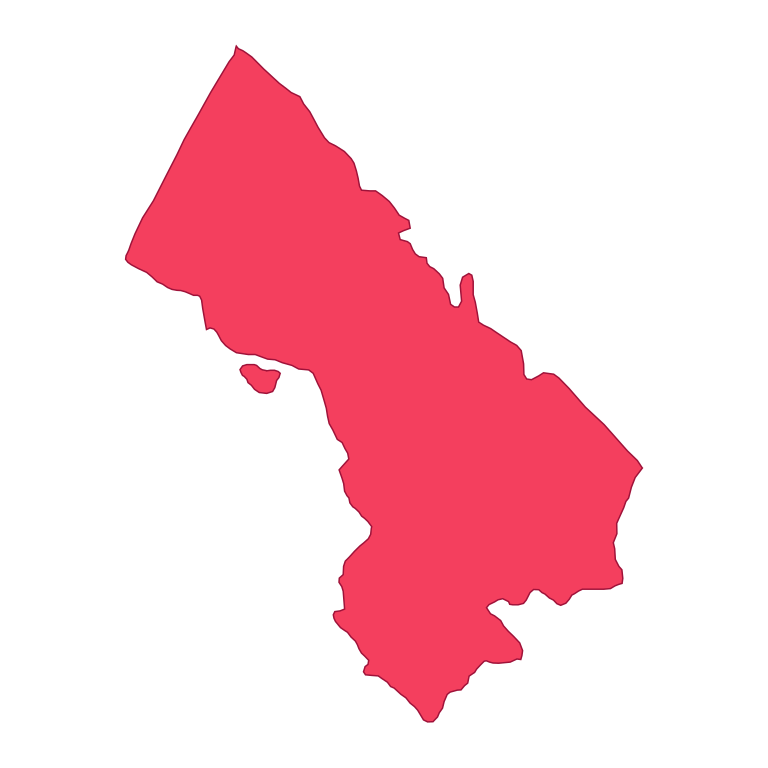 outline of Strömsund, Jämtland, Sweden
{"feature_id": "70781695B21663414086588", "entity_name": "Strömsund", "entity_type": "district", "adm_level": 2, "iso_a3": "SWE", "parent_name": "Sweden", "parent_adm1": "Jämtland", "projection": "mercator", "projection_center": [15.173, 64.234], "detail": "fine", "context": "isolated", "style": "filled", "palette": "rose", "viewbox_px": 768, "rotation_deg": 0, "n_neighbors": 0, "source": "geoboundaries", "source_scale": "gbopen_adm2", "svg_char_len": 4031}
<svg xmlns="http://www.w3.org/2000/svg" viewBox="0 0 768 768"><path d="M302.5,101.7L299.9,96.7L291.1,92.5L286.2,88.6L279.2,83.3L263.6,68.9L251.8,57.0L246.1,52.9L242.8,50.7L238.4,48.7L236.3,46.1L236.0,47.0L234.2,55.0L229.1,61.7L210.8,92.2L197.9,115.4L190.8,127.8L184.1,139.7L177.0,154.6L165.8,176.4L153.4,200.8L142.6,217.8L135.0,233.8L131.1,243.5L128.8,250.1L127.5,252.9L126.1,255.6L125.6,259.3L127.9,262.3L131.4,264.8L138.7,268.7L146.7,272.4L152.2,277.0L157.1,281.8L162.6,284.1L167.6,287.5L172.0,289.4L177.0,290.3L180.7,290.5L185.1,291.7L189.0,293.3L193.5,295.3L197.5,295.3L199.7,296.2L201.6,300.1L202.7,308.4L205.0,321.5L206.5,329.5L210.0,327.9L213.9,329.0L216.8,332.2L218.6,335.4L221.3,340.6L225.6,345.5L230.1,348.9L236.4,352.7L248.2,354.5L255.2,354.5L261.3,356.8L267.6,359.1L274.6,359.7L275.0,359.7L282.3,362.7L292.0,365.4L298.7,369.0L308.7,369.9L313.2,373.3L317.9,383.9L321.1,390.2L324.0,400.1L326.3,408.2L327.6,416.4L329.2,423.6L332.8,429.9L337.3,439.4L342.1,442.5L345.0,448.6L347.7,453.2L348.8,459.0L342.7,465.8L339.1,469.9L342.1,478.4L343.7,483.7L344.6,491.2L347.0,495.7L348.9,497.9L349.9,502.9L352.8,506.8L355.1,508.3L359.0,512.0L361.6,516.1L364.4,518.2L367.8,521.4L371.7,526.6L371.3,528.5L370.7,534.3L368.4,538.7L363.5,543.1L360.2,545.7L354.5,551.3L349.2,557.2L345.3,561.1L343.6,566.3L343.2,574.6L339.3,578.1L339.0,582.3L341.8,586.6L343.2,591.2L343.9,600.0L344.6,609.1L340.0,610.9L334.8,611.6L333.3,614.8L334.0,618.3L335.5,621.5L340.5,627.6L344.1,630.1L344.7,630.5L347.5,632.3L351.1,637.1L355.4,641.1L357.4,644.7L359.0,648.8L361.5,653.1L364.6,656.0L368.7,660.3L368.0,664.4L365.1,666.6L363.5,671.8L365.5,674.8L371.6,675.4L378.2,675.9L382.0,678.6L387.4,682.2L390.6,686.5L394.2,688.1L401.0,694.4L405.9,697.8L410.2,703.2L414.5,706.6L417.7,710.2L420.4,714.7L423.5,719.9L427.6,721.9L433.0,721.7L434.8,719.8L437.5,717.0L439.3,712.7L442.5,708.2L444.1,701.6L447.2,694.4L450.1,692.1L457.4,690.1L461.0,689.9L464.6,685.6L467.7,683.1L469.1,676.1L474.7,672.3L476.6,669.1L480.6,664.8L484.2,661.2L486.3,660.8L489.6,662.1L493.0,663.0L498.7,663.2L510.2,662.1L516.9,659.0L520.8,659.5L521.9,655.6L522.6,650.6L519.7,642.9L513.6,636.4L508.4,631.4L503.6,626.0L500.7,620.6L494.6,615.9L490.5,613.8L486.5,607.7L489.0,604.6L494.6,601.9L498.0,599.8L502.7,598.7L508.6,601.6L509.7,604.3L512.9,604.8L518.1,604.8L523.5,603.4L526.2,600.1L530.0,592.6L533.6,589.5L538.8,589.7L542.0,592.6L544.9,594.0L549.4,598.0L553.5,600.1L556.9,603.7L560.7,605.3L565.9,603.2L569.3,599.2L571.8,595.1L574.5,593.7L578.6,591.0L582.4,589.2L591.4,589.2L603.6,589.2L610.4,588.6L615.1,585.8L618.9,584.3L622.1,583.4L622.8,578.4L621.9,569.8L618.9,566.4L615.3,559.4L614.7,548.8L613.3,542.7L616.9,533.7L616.7,523.3L620.1,515.7L623.7,507.8L625.9,501.4L628.6,498.1L631.4,487.2L635.2,477.5L642.4,468.0L642.1,467.7L637.3,460.5L627.4,450.9L604.1,424.6L585.3,407.1L569.2,388.6L558.9,378.0L553.7,374.2L543.5,372.8L538.7,375.9L531.5,379.7L526.7,379.0L523.9,374.5L523.6,363.9L521.2,350.6L516.7,345.4L510.6,342.0L503.4,337.2L495.8,332.1L490.7,328.6L483.5,325.2L478.7,322.1L477.3,313.2L475.3,302.3L473.2,294.7L473.2,281.4L471.8,275.2L468.8,273.5L462.6,277.2L460.2,285.1L461.6,301.2L458.5,307.0L454.4,307.0L450.6,304.3L448.5,294.4L444.1,287.9L442.7,278.3L439.3,273.8L433.8,268.7L429.7,266.6L427.0,263.2L426.3,257.7L419.1,256.7L415.3,253.9L412.6,249.5L410.2,243.7L407.4,241.6L400.2,239.6L398.5,233.0L403.7,230.6L410.2,228.2L408.8,220.4L404.7,218.3L399.2,215.2L394.4,208.0L389.3,201.5L382.4,195.7L375.6,190.9L370.1,190.9L361.5,190.2L359.5,186.1L358.1,178.2L356.4,171.0L354.0,163.2L351.2,158.7L344.4,151.5L335.8,146.0L329.0,142.6L324.5,137.8L318.0,127.2L314.2,120.0L309.8,111.8L303.6,103.9L302.5,101.7ZM266.7,370.8L266.7,370.7L262.3,369.8L259.9,368.5L256.6,365.4L254.2,364.6L246.8,364.6L242.6,365.9L240.0,369.6L241.0,372.5L242.5,375.4L244.2,376.4L246.9,379.3L248.0,382.6L251.3,385.2L254.5,389.3L259.2,392.5L266.7,393.4L272.6,391.5L274.8,387.7L275.5,385.0L276.6,380.5L278.9,377.6L280.2,373.3L278.2,371.5L274.6,370.3L270.3,370.3L266.7,370.8Z" fill="#f43f5e" stroke="#9f1239" stroke-width="1.5"/></svg>